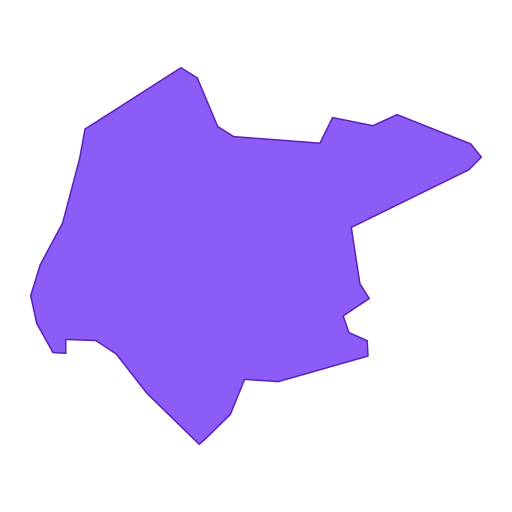 outline of Clackmannanshire
{"feature_id": "GBR-2017", "entity_name": "Clackmannanshire", "entity_type": "Unitary District", "adm_level": 1, "iso_a3": "GBR", "parent_name": "United Kingdom", "parent_adm1": "", "projection": "mercator", "projection_center": [-3.723, 56.144], "detail": "fine", "context": "isolated", "style": "filled", "palette": "violet", "viewbox_px": 512, "rotation_deg": 0, "n_neighbors": 0, "source": "natural_earth", "source_scale": "10m", "svg_char_len": 552}
<svg xmlns="http://www.w3.org/2000/svg" viewBox="0 0 512 512"><path d="M199.2,444.3L146.8,393.2L116.2,354.0L95.8,340.5L65.8,339.5L65.8,353.3L53.0,352.6L36.7,323.4L30.7,295.7L40.2,264.8L62.6,223.1L79.7,158.3L85.0,129.1L181.0,67.7L197.3,78.0L217.7,126.5L233.6,136.6L319.9,143.2L332.6,117.6L372.9,125.7L397.0,114.6L470.7,143.9L481.3,157.1L469.1,169.6L351.3,227.4L359.9,283.7L369.2,298.5L343.2,315.9L348.9,332.6L367.2,340.7L368.0,356.0L278.4,381.6L244.6,379.4L230.3,414.5L205.0,439.3L199.2,444.3Z" fill="#8b5cf6" stroke="#5b21b6" stroke-width="1.5"/></svg>